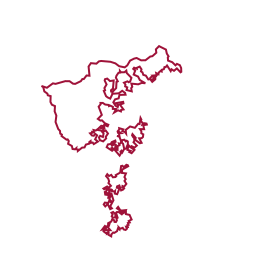 outline of Ñürüm, Veraguas, Panama, rotated 326°
{"feature_id": "35544464B55183613769543", "entity_name": "Ñürüm", "entity_type": "district", "adm_level": 2, "iso_a3": "PAN", "parent_name": "Panama", "parent_adm1": "Veraguas", "projection": "orthographic", "projection_center": [-81.4, 8.371], "detail": "fine", "context": "isolated", "style": "outline", "palette": "rose", "viewbox_px": 256, "rotation_deg": 326, "n_neighbors": 0, "source": "geoboundaries", "source_scale": "gbopen_adm2", "svg_char_len": 5818}
<svg xmlns="http://www.w3.org/2000/svg" viewBox="0 0 256 256"><g transform="rotate(326 128 128)"><path d="M79.8,44.8L80.6,46.7L79.1,50.9L80.4,54.4L79.8,56.0L81.7,58.3L78.3,63.0L77.9,66.1L79.7,69.0L76.5,73.2L75.5,77.7L71.3,82.5L69.6,89.8L70.0,92.4L68.7,94.7L69.5,96.5L68.4,97.5L70.5,103.3L71.6,103.7L71.6,105.7L69.5,107.6L71.4,111.5L70.3,114.4L72.1,116.0L73.7,115.8L73.0,116.5L74.4,117.8L73.6,119.0L79.0,118.6L81.1,119.8L83.8,118.2L87.1,119.3L88.1,118.0L89.7,117.9L88.8,119.5L90.6,120.3L90.6,122.2L95.5,122.4L94.4,119.0L98.3,116.8L97.6,114.6L95.3,115.3L93.9,114.0L93.6,111.2L96.0,112.1L96.2,111.3L97.4,112.5L98.3,110.4L99.8,112.1L103.4,111.9L102.2,113.1L104.2,114.9L104.7,118.9L102.2,121.4L100.5,118.9L98.7,119.5L97.9,122.3L99.9,125.2L104.1,124.4L104.5,122.9L108.3,121.4L108.1,117.5L105.8,117.3L105.5,115.7L108.3,115.1L108.6,114.1L105.5,113.1L104.8,111.6L107.1,111.2L108.7,112.7L109.9,112.1L112.1,115.2L113.5,114.3L111.5,111.2L110.7,107.1L109.2,106.4L108.1,103.6L113.6,102.5L115.6,93.9L118.6,93.0L119.2,91.8L121.1,93.1L122.2,95.8L124.9,98.1L124.5,99.2L125.7,99.4L127.3,102.0L126.1,103.7L128.7,105.6L125.4,107.4L129.6,107.7L131.4,110.3L132.4,109.2L134.6,110.1L134.4,104.1L138.0,105.0L138.6,103.6L132.0,100.7L132.8,103.5L131.2,104.9L130.1,102.6L130.2,98.5L133.3,97.0L136.8,98.2L139.4,95.8L144.6,99.0L145.2,97.2L144.0,93.9L139.8,94.1L135.2,91.5L134.4,89.8L134.4,90.9L129.7,93.7L128.3,91.4L127.6,89.4L128.7,83.7L130.1,83.9L130.8,81.7L134.6,79.9L135.2,75.6L136.2,74.7L138.4,75.4L139.3,79.0L142.7,80.6L137.6,86.9L135.0,87.2L134.4,88.4L135.3,89.4L140.5,88.3L144.2,83.4L145.6,83.6L146.1,79.5L147.7,78.2L151.0,76.9L152.3,77.6L153.2,76.2L153.3,77.9L156.3,79.8L158.7,79.5L157.7,81.7L158.9,88.3L156.0,90.5L154.2,90.5L153.6,89.0L150.0,88.2L150.2,90.5L148.9,91.9L150.1,93.9L148.0,95.7L151.6,99.7L152.9,96.8L154.6,96.2L155.6,93.1L160.9,97.5L164.6,98.3L167.4,100.6L164.6,94.8L165.1,91.0L162.6,86.9L166.1,84.4L165.4,81.9L166.8,81.4L168.4,83.7L168.7,83.0L172.0,83.6L172.0,86.9L170.4,88.3L171.1,90.0L170.4,92.5L172.1,94.6L172.0,99.1L174.1,100.1L174.5,98.9L177.2,98.5L177.6,101.2L173.8,101.7L173.9,103.3L177.8,102.9L179.7,100.4L181.0,101.0L179.2,99.9L178.6,98.8L181.3,100.3L182.1,98.3L183.3,100.5L184.5,99.2L186.8,98.9L187.5,100.0L188.5,98.6L190.6,99.3L192.3,97.9L193.2,98.6L195.3,98.0L195.2,104.7L196.9,103.6L198.1,106.3L201.8,105.9L202.7,111.2L203.6,111.2L205.6,108.0L206.1,104.9L204.4,102.2L202.4,102.6L201.5,98.2L198.9,94.5L200.5,91.7L201.7,91.3L201.8,88.0L203.3,84.2L199.5,77.5L195.1,78.4L193.6,81.4L188.4,82.1L186.4,81.2L180.3,81.6L176.7,79.2L174.3,74.8L171.9,73.9L167.4,73.3L162.4,75.7L159.2,75.9L155.2,71.8L153.7,67.4L150.5,63.3L143.2,57.4L141.1,56.5L137.8,57.0L133.5,53.5L129.7,55.0L125.3,63.1L123.0,61.3L118.7,62.7L117.5,61.9L115.1,62.8L108.9,61.9L107.2,60.5L105.7,56.5L102.2,54.1L92.6,50.9L90.7,49.0L83.3,49.3L79.8,44.8ZM116.9,150.9L121.1,149.8L119.2,145.0L120.8,145.0L122.4,147.9L125.5,147.5L124.6,142.9L126.3,142.0L128.0,138.5L127.2,138.3L127.3,136.3L128.3,135.6L128.9,140.5L127.3,141.7L129.3,147.3L131.0,147.9L131.5,142.8L133.6,144.1L135.4,143.8L137.1,141.8L136.1,139.8L137.3,138.1L137.3,135.6L140.7,138.0L142.2,134.2L145.5,135.7L145.8,134.7L144.4,133.3L141.9,133.1L143.1,132.1L142.4,129.4L143.8,128.5L144.0,126.7L139.8,131.2L138.9,130.2L133.8,131.7L130.6,127.9L125.0,128.3L123.3,131.5L123.2,129.7L121.5,127.4L123.3,126.5L120.6,123.2L120.0,124.3L117.5,125.0L117.0,126.5L117.7,127.4L118.6,126.6L119.4,128.4L117.5,127.3L116.3,130.2L114.4,128.4L116.0,130.4L115.2,133.8L114.5,136.0L112.3,136.6L111.8,135.9L111.3,137.5L106.9,136.6L108.5,135.1L108.1,134.2L104.8,133.5L105.1,132.1L110.0,132.5L110.4,131.3L106.6,130.6L104.8,131.6L102.2,130.4L99.6,132.0L102.1,138.0L102.9,137.9L103.1,135.5L104.0,135.6L103.9,137.3L108.5,138.3L107.1,140.3L105.8,138.7L104.8,139.2L105.6,146.2L108.1,145.0L108.5,143.4L109.9,143.2L109.7,145.0L113.2,143.2L115.1,138.3L114.7,136.6L116.3,134.8L118.5,135.7L118.6,137.8L119.8,137.8L120.3,139.1L118.7,141.5L119.0,144.1L117.3,143.7L117.0,142.5L115.0,143.9L117.0,144.4L115.3,145.8L117.3,148.4L115.7,148.7L116.9,150.9ZM56.2,202.8L51.8,199.7L54.0,198.7L53.4,198.0L54.8,198.3L54.1,196.3L50.0,197.7L51.5,198.1L49.9,199.9L50.9,202.8L53.1,203.1L51.9,204.0L53.2,204.2L52.1,205.6L53.5,208.4L54.7,206.9L57.3,206.4L58.1,207.3L61.2,207.4L63.4,205.7L64.0,207.1L64.8,205.2L65.2,207.2L67.8,207.8L67.7,209.7L69.0,211.2L70.8,210.9L71.2,208.8L72.5,209.9L73.0,208.2L74.3,208.6L74.8,206.7L76.6,207.3L76.6,205.5L79.8,205.9L80.7,200.9L78.1,198.2L79.6,196.0L76.8,196.0L76.7,193.1L77.9,194.6L79.4,194.4L75.6,192.4L75.7,187.9L73.9,188.4L75.4,192.5L76.1,192.8L74.8,194.4L76.1,195.6L74.6,196.1L73.3,192.5L71.6,191.4L69.3,191.9L68.7,189.3L66.9,189.0L66.8,191.2L65.1,192.1L65.3,194.0L67.8,194.9L69.4,192.2L70.4,192.5L69.2,196.6L67.8,196.6L67.1,198.4L65.4,199.2L64.3,198.3L64.9,196.7L63.7,194.9L61.8,196.2L58.3,195.8L57.1,197.5L58.4,197.7L57.4,198.5L55.7,197.8L56.2,202.8ZM74.0,165.5L75.8,165.9L76.9,167.0L75.9,167.6L78.1,168.5L76.4,170.7L79.6,169.5L80.1,170.3L79.0,172.2L79.9,171.4L81.0,173.2L82.0,173.0L80.4,175.0L82.0,176.8L87.2,173.3L85.4,171.2L86.3,170.3L88.7,170.8L87.4,175.9L89.5,176.3L90.9,175.9L90.1,173.9L91.0,173.0L91.9,174.5L95.4,173.4L95.5,169.9L97.5,169.1L97.6,166.7L100.9,164.5L97.9,161.9L99.9,159.2L106.8,159.8L107.0,158.7L106.1,157.6L102.5,158.2L102.3,156.2L101.0,155.7L96.6,160.6L91.5,160.2L91.3,161.4L90.1,161.6L87.9,160.4L87.9,157.5L85.4,157.2L85.0,154.7L82.9,155.6L83.3,159.0L82.5,161.7L81.0,162.7L81.5,166.4L78.7,166.8L78.0,164.8L73.8,164.5L74.0,165.5ZM65.1,177.8L65.3,180.3L67.8,179.8L68.5,180.6L67.9,185.3L69.7,185.6L69.4,183.0L75.5,179.8L77.6,173.1L76.7,172.2L75.9,175.2L75.1,175.1L74.6,173.9L76.0,171.4L74.3,170.7L74.2,168.1L73.0,168.1L71.9,170.5L74.6,173.0L72.6,174.8L73.8,175.8L72.7,176.8L73.2,179.4L72.1,179.5L71.3,178.1L69.7,179.1L67.1,176.9L65.1,177.8Z" fill="none" stroke="#9f1239" stroke-width="2"/></g></svg>